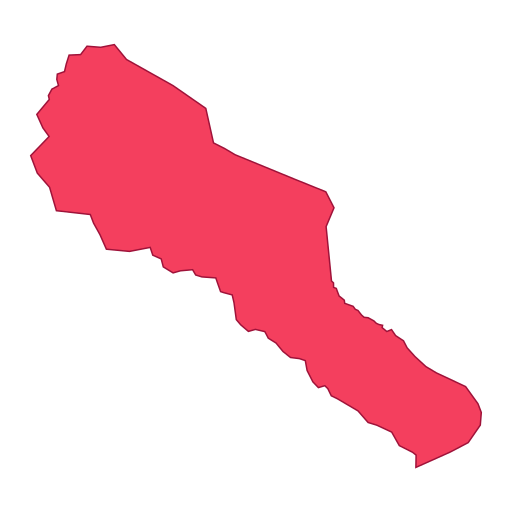 Jalingo, Taraba, Nigeria (Albers equal-area conic projection)
{"feature_id": "59680162B33993495702938", "entity_name": "Jalingo", "entity_type": "district", "adm_level": 2, "iso_a3": "NGA", "parent_name": "Nigeria", "parent_adm1": "Taraba", "projection": "albers", "projection_center": [11.353, 8.933], "detail": "fine", "context": "isolated", "style": "filled", "palette": "rose", "viewbox_px": 512, "rotation_deg": 0, "n_neighbors": 0, "source": "geoboundaries", "source_scale": "gbopen_adm2", "svg_char_len": 1488}
<svg xmlns="http://www.w3.org/2000/svg" viewBox="0 0 512 512"><path d="M415.9,467.4L450.3,452.0L468.2,442.6L480.3,425.1L481.3,412.5L478.0,403.8L471.8,395.2L465.6,386.6L436.4,372.9L425.9,366.6L414.9,356.5L407.1,347.8L403.5,340.8L395.6,335.6L391.5,329.6L386.8,331.5L382.1,327.6L382.6,325.3L378.9,324.5L376.3,323.3L373.9,320.9L368.1,317.7L364.1,317.3L361.6,315.1L360.0,313.1L358.0,310.5L355.3,309.3L353.1,306.3L349.1,304.9L344.7,303.3L344.3,300.2L341.9,298.2L339.1,296.0L337.2,291.0L336.3,288.4L333.6,287.4L333.5,282.9L331.5,281.0L326.1,226.6L334.0,207.8L325.8,191.8L295.1,179.4L235.0,154.7L225.1,148.8L213.5,142.9L205.8,108.4L173.0,85.6L126.5,59.5L114.3,44.6L100.7,47.3L87.0,46.2L80.6,54.6L69.1,55.1L66.3,63.9L64.5,71.6L57.3,74.1L56.8,79.4L58.5,85.6L51.9,89.1L48.4,95.6L49.3,99.4L36.8,114.4L42.9,127.9L49.1,136.5L30.7,155.6L37.3,173.1L49.6,187.3L53.0,199.0L56.4,210.7L90.3,214.5L93.6,223.2L100.0,234.7L106.4,249.2L129.5,251.4L150.2,247.4L152.8,255.2L161.2,258.9L163.3,266.9L173.1,272.9L180.4,270.8L192.6,269.7L195.7,275.0L201.9,276.9L215.8,277.9L217.9,284.0L220.6,291.6L223.6,292.6L232.2,294.9L234.0,302.7L236.3,319.6L240.7,324.8L248.4,331.4L255.4,329.4L264.8,331.6L266.5,334.7L268.3,338.2L276.0,343.0L283.0,351.5L290.5,357.5L299.4,358.6L305.3,360.6L307.1,370.5L312.9,381.9L318.4,387.6L324.8,385.7L327.8,388.6L331.3,395.8L337.3,398.7L358.0,410.9L368.1,422.5L376.6,425.1L391.7,432.1L399.3,445.6L412.6,452.3L416.1,455.1L415.9,467.4Z" fill="#f43f5e" stroke="#9f1239" stroke-width="1.5"/></svg>